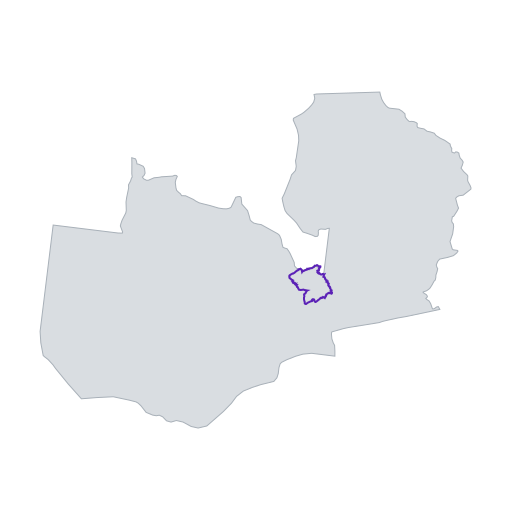 location of Mkushi, Central, Zambia, rotated 7°
{"feature_id": "96606910B76461295717926", "entity_name": "Mkushi", "entity_type": "district", "adm_level": 2, "iso_a3": "ZMB", "parent_name": "Zambia", "parent_adm1": "Central", "projection": "mercator", "projection_center": [29.248, -13.765], "detail": "fine", "context": "in_parent", "style": "outline", "palette": "violet", "viewbox_px": 512, "rotation_deg": 7, "n_neighbors": 0, "source": "geoboundaries", "source_scale": "gbopen_adm2", "svg_char_len": 8697}
<svg xmlns="http://www.w3.org/2000/svg" viewBox="0 0 512 512"><g transform="rotate(7 256 256)"><path d="M346.5,345.8L323.1,345.8L314.5,347.7L307.5,350.7L299.2,355.2L294.4,358.4L293.1,360.1L292.4,364.0L292.4,370.0L291.6,374.3L289.0,378.3L276.4,383.1L268.1,387.0L259.9,391.6L253.8,397.7L249.6,405.1L242.6,414.3L227.9,430.7L219.5,433.8L212.4,433.1L203.8,429.7L197.0,429.0L191.9,431.2L187.3,430.5L183.0,427.0L179.4,425.8L176.5,426.7L172.8,426.5L166.0,424.6L160.2,418.8L157.0,416.4L154.6,415.4L147.6,414.5L131.5,413.1L114.8,416.0L100.1,419.0L85.2,405.9L70.8,392.1L67.7,388.7L62.3,384.1L58.4,381.8L56.9,380.7L53.0,368.4L50.9,357.2L50.9,250.0L116.3,250.0L120.5,249.6L120.7,248.4L117.7,242.7L117.9,240.7L118.7,236.9L121.5,229.2L121.7,226.6L120.4,218.2L120.5,213.6L121.3,204.1L120.8,200.9L122.4,196.7L122.9,193.9L123.5,192.7L122.7,189.5L121.4,178.3L120.7,173.6L124.6,174.3L125.9,176.6L126.6,179.1L128.4,179.2L133.1,180.7L134.7,182.8L135.8,187.3L135.1,189.6L133.6,191.5L135.1,193.1L138.2,194.2L140.0,193.9L145.3,190.8L150.2,189.7L152.6,188.9L163.4,186.9L165.6,185.8L167.1,185.8L168.2,186.6L167.2,189.8L166.9,192.7L168.2,198.0L169.2,200.5L171.5,202.3L173.1,203.2L174.9,205.2L178.7,204.8L187.0,207.5L189.5,208.8L193.0,210.1L195.5,210.5L204.0,211.5L213.0,213.0L217.7,213.1L221.0,212.8L223.3,212.0L224.8,211.1L225.4,210.4L228.8,200.2L230.5,199.4L232.8,198.9L234.1,199.8L235.6,206.2L242.1,212.0L244.3,216.9L245.9,221.0L247.3,222.2L249.8,223.6L253.8,224.1L257.3,224.2L274.9,231.3L276.8,232.6L279.0,236.4L280.3,240.7L281.7,244.1L283.9,244.7L285.9,245.0L288.0,247.3L289.5,249.3L294.7,257.7L295.4,261.1L297.9,263.3L301.4,264.2L304.5,264.3L306.3,263.4L310.8,261.6L314.3,259.6L316.9,259.0L318.4,259.4L319.6,260.7L320.3,264.9L322.8,266.3L324.7,265.8L325.4,264.1L325.4,263.3L325.4,219.6L323.8,219.9L321.7,221.1L317.1,221.3L315.3,222.2L314.7,223.6L315.1,225.4L315.2,227.9L314.5,229.0L312.4,229.5L309.5,228.5L304.1,227.3L299.7,226.5L296.5,223.3L292.2,218.3L289.3,215.8L282.5,210.7L281.3,209.7L279.3,207.3L277.5,203.2L275.8,198.5L274.9,195.5L276.5,190.9L280.5,175.8L281.4,171.1L284.8,166.3L285.0,162.1L283.6,156.6L284.0,153.6L284.4,136.4L283.5,131.0L281.3,125.0L276.4,116.6L276.4,114.8L284.0,109.4L286.2,107.4L290.2,103.0L292.9,99.2L294.5,96.2L295.1,92.3L293.9,88.6L296.5,87.8L358.9,78.2L359.8,80.8L361.7,85.0L363.9,88.1L366.6,90.9L368.8,92.5L370.4,93.0L380.0,92.9L383.4,94.5L386.5,96.7L387.2,99.9L389.2,102.0L391.3,103.6L392.3,103.8L393.8,103.4L396.4,103.4L398.8,104.1L399.9,104.8L400.0,107.5L400.8,108.8L404.0,109.2L407.3,109.4L410.5,111.3L414.0,111.6L418.0,112.4L419.9,114.4L424.2,116.5L429.4,118.3L435.1,121.3L435.2,122.3L436.2,124.1L437.2,125.4L437.3,127.3L437.8,129.0L439.2,129.4L440.5,129.6L441.6,128.3L443.1,128.3L444.8,129.1L445.4,131.2L446.7,133.9L448.8,135.7L450.2,137.5L449.7,140.8L448.8,143.8L451.7,146.8L455.5,149.6L456.5,150.8L456.8,155.0L457.4,156.4L459.9,159.9L461.1,162.2L461.1,163.5L454.2,170.4L450.0,171.5L448.2,172.9L447.1,174.4L449.8,181.2L451.2,183.8L450.0,187.1L447.3,192.6L446.1,193.1L445.9,197.3L446.7,198.9L448.0,200.1L448.6,202.9L448.5,210.0L446.8,218.0L449.9,225.1L450.9,225.8L455.2,225.9L455.9,226.5L454.9,228.5L451.9,231.6L446.5,234.0L438.7,236.7L437.0,239.2L436.0,242.9L436.9,245.1L437.9,246.4L437.6,249.6L436.9,253.0L437.1,255.7L436.8,258.1L435.8,259.3L434.4,262.9L432.7,266.5L431.4,268.1L429.4,269.8L426.3,271.3L426.4,272.0L429.9,273.7L430.8,274.8L431.1,275.6L429.7,277.5L431.3,278.6L433.2,279.5L435.1,281.9L437.3,286.4L437.6,286.9L438.2,287.0L439.4,286.5L441.5,284.6L443.1,284.0L445.0,286.6L412.4,297.8L404.7,300.1L393.3,304.1L389.6,305.5L386.6,307.0L356.2,315.8L351.4,317.5L340.7,322.0L340.3,322.8L340.5,324.8L341.4,329.0L343.3,332.9L344.9,335.1L345.9,340.8L346.5,345.8Z" fill="#d9dde1" stroke="#a8b0b8" stroke-width="1"/><path d="M302.0,284.1L302.5,283.9L302.7,284.2L303.0,284.3L303.2,284.2L303.8,284.2L304.2,284.3L304.5,284.3L305.3,284.1L305.7,284.0L306.1,283.9L307.0,283.6L307.5,283.6L308.0,283.8L308.6,284.0L309.6,283.8L310.3,284.1L310.8,284.0L311.1,284.0L310.8,284.2L310.4,285.1L310.1,285.6L309.9,286.2L309.8,286.6L309.7,286.9L309.6,287.1L309.0,287.5L308.8,287.8L308.6,287.9L308.6,288.0L308.6,288.5L308.4,288.7L308.9,290.0L308.8,290.9L308.7,291.3L308.9,293.1L309.6,295.1L309.9,295.5L310.0,296.0L310.1,297.0L310.3,297.3L311.2,297.6L311.4,297.5L311.6,297.5L313.0,296.1L315.9,294.3L317.1,294.0L317.3,293.8L317.2,293.1L316.9,292.8L317.1,292.4L317.4,292.1L317.8,291.9L318.0,291.9L318.5,292.2L318.9,292.1L319.1,292.3L319.2,292.6L319.1,292.8L319.7,293.7L319.9,293.8L320.0,294.0L320.4,294.4L320.7,294.4L320.9,294.2L321.2,294.1L322.7,292.7L322.8,292.4L323.9,291.5L324.4,290.8L324.8,290.5L324.9,290.1L325.3,289.7L326.1,289.7L326.4,289.8L326.6,289.7L326.7,289.4L326.6,289.2L327.0,289.1L327.3,289.0L327.5,288.5L328.3,288.7L328.5,288.7L328.6,288.8L328.6,289.0L328.9,289.0L329.1,289.1L329.4,289.3L329.5,289.0L329.6,288.9L329.8,288.4L329.8,287.7L330.1,287.6L330.1,287.4L330.3,287.3L330.3,287.2L330.3,286.8L330.5,286.5L330.3,286.2L330.4,285.7L330.6,285.7L330.8,285.5L331.5,284.6L332.0,284.2L332.3,284.0L332.5,284.0L332.9,284.1L333.1,283.9L333.1,283.7L333.3,283.7L333.4,283.9L333.8,283.8L334.2,283.7L334.3,283.7L334.5,283.8L334.5,283.6L335.0,283.7L335.1,283.8L335.4,283.8L335.5,283.9L335.6,284.0L335.7,283.9L335.8,283.9L335.9,283.7L335.9,283.4L335.6,283.4L335.5,283.1L335.2,282.9L335.1,282.7L335.3,282.1L335.1,281.8L334.9,281.7L335.1,281.6L335.2,281.1L334.7,281.1L334.7,280.9L334.5,280.7L334.5,280.4L334.3,280.2L334.1,279.8L334.1,279.7L333.8,279.4L333.4,279.0L333.2,278.6L333.3,278.5L333.0,278.3L332.9,278.1L332.8,277.9L333.0,277.8L333.0,277.6L332.9,277.6L332.8,277.4L332.6,277.3L332.2,277.0L331.9,277.0L331.8,276.9L331.7,276.8L331.6,276.7L331.4,276.3L331.4,276.2L331.5,275.9L331.3,275.8L331.3,275.6L331.2,275.6L331.2,275.4L331.2,275.1L331.3,274.9L331.2,274.9L331.2,274.7L331.2,274.4L331.1,274.1L330.7,273.9L330.3,273.9L330.0,273.6L330.1,273.4L330.0,272.8L329.8,272.8L329.9,272.7L329.7,272.6L329.8,272.3L328.9,272.3L328.8,272.1L328.9,271.6L328.7,271.6L328.6,271.4L328.3,271.2L328.2,271.0L327.9,270.9L327.7,270.3L327.6,270.2L327.4,270.0L327.2,270.0L327.1,269.5L327.0,269.3L326.9,269.2L326.9,268.9L326.6,268.8L326.5,268.7L326.4,268.6L325.4,268.5L325.4,268.0L326.0,266.0L325.8,266.1L325.4,266.0L325.1,265.7L324.7,265.6L324.3,265.7L323.9,266.0L323.6,266.3L323.2,266.4L322.9,266.5L322.7,266.4L321.9,266.2L321.7,265.9L321.4,265.5L321.0,265.3L320.9,265.2L320.7,265.7L320.5,265.8L320.3,265.8L319.8,265.5L319.4,265.1L318.9,264.7L319.1,263.8L318.6,263.2L318.8,262.9L319.1,262.9L319.3,262.9L319.5,262.9L319.8,262.8L319.9,262.7L320.0,262.6L320.3,262.3L320.3,261.7L320.3,260.8L320.1,260.6L321.0,259.6L321.2,259.3L321.2,259.0L320.9,259.1L320.9,258.7L321.0,258.5L321.0,258.4L320.7,258.3L320.1,258.8L319.8,258.8L319.5,258.8L318.5,258.0L318.3,257.8L317.8,257.6L317.6,257.6L316.9,258.2L316.6,258.3L315.9,258.5L315.7,258.6L315.4,258.8L315.3,259.0L315.2,258.9L314.9,259.5L314.6,259.9L313.9,260.5L313.5,260.8L312.9,261.3L312.0,261.4L311.0,261.9L310.3,261.8L310.0,262.0L309.9,262.6L309.4,262.6L309.0,262.4L308.4,262.4L308.3,262.9L307.9,263.4L307.9,263.5L307.7,263.5L306.8,263.9L305.7,264.7L305.2,265.0L304.7,265.2L303.8,266.0L303.7,266.2L303.5,265.6L303.6,265.3L303.4,264.8L303.3,264.5L303.1,264.5L303.0,264.4L302.5,263.7L302.2,263.7L301.7,263.5L301.8,263.3L301.6,263.2L301.3,263.5L301.2,263.5L300.9,263.6L300.6,263.7L299.7,264.1L299.2,264.5L298.9,264.6L300.0,264.5L299.9,264.6L299.6,264.8L299.2,265.2L298.4,265.5L298.2,265.9L298.0,266.1L297.9,266.1L297.6,266.3L297.4,266.6L296.9,267.1L296.7,267.5L295.7,268.4L295.3,268.6L295.2,268.8L294.7,268.8L294.2,269.1L293.8,269.4L293.7,269.6L293.3,269.8L292.8,270.1L292.6,270.4L292.4,270.6L292.2,270.7L292.0,270.8L291.9,271.0L291.7,271.1L291.5,271.6L291.6,271.9L291.7,272.1L291.6,272.4L291.7,272.5L291.8,273.2L291.8,273.4L292.1,273.6L292.2,274.0L292.4,274.1L292.5,274.1L293.0,274.3L293.6,274.7L293.8,275.0L294.0,275.0L294.8,275.3L294.9,275.5L295.0,275.5L295.0,275.8L295.2,276.0L295.3,276.0L295.2,276.2L295.4,276.2L295.4,276.4L295.7,276.6L295.7,276.9L295.8,277.0L295.7,277.3L295.8,277.4L295.9,277.5L296.0,277.7L295.9,277.8L296.1,278.0L296.2,277.9L296.2,278.0L296.4,278.0L296.6,277.8L296.7,278.0L296.9,277.9L296.8,278.0L297.0,278.1L297.4,278.1L297.3,278.3L297.5,278.6L297.7,278.8L297.8,278.7L297.7,278.6L297.9,278.4L298.0,278.6L298.0,278.9L298.0,279.0L298.3,279.3L298.5,279.2L298.4,279.4L298.5,279.5L298.8,279.7L299.0,279.8L299.1,279.6L299.3,279.6L299.5,279.6L299.4,279.7L299.5,279.9L299.7,280.0L299.8,280.2L299.7,280.4L300.0,280.7L300.2,280.8L300.1,281.0L300.3,281.4L300.6,281.3L300.9,281.6L300.9,281.8L301.3,281.9L301.4,282.2L301.5,282.3L301.6,282.6L301.8,282.8L301.9,283.3L302.0,283.6L302.1,283.8L302.1,284.0L302.0,284.1Z" fill="none" stroke="#5b21b6" stroke-width="2"/></g></svg>